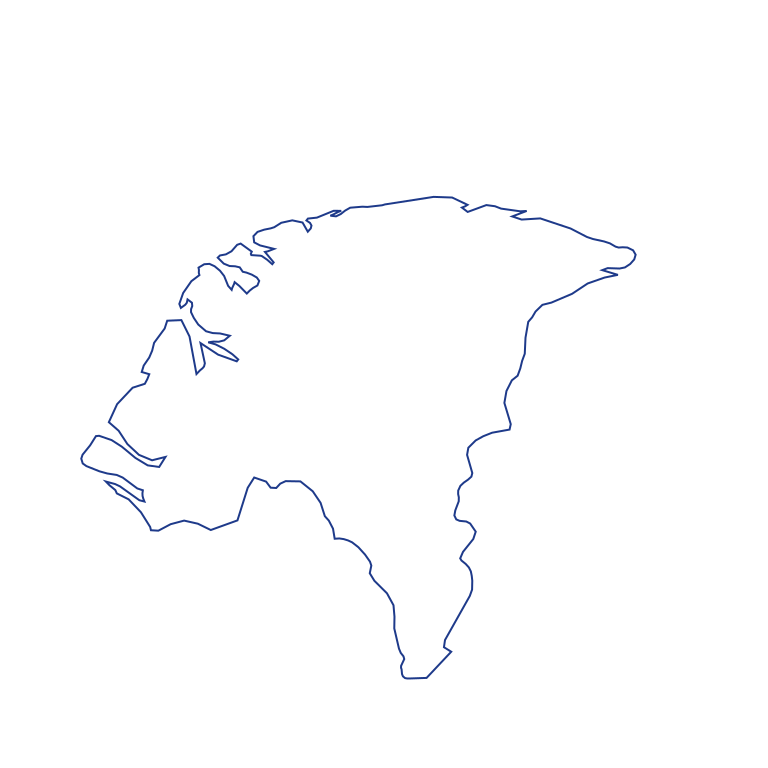 an SVG outline of Bayelsa, rotated 128°
{"feature_id": "NGA-2845", "entity_name": "Bayelsa", "entity_type": "State", "adm_level": 1, "iso_a3": "NGA", "parent_name": "Nigeria", "parent_adm1": "", "projection": "orthographic", "projection_center": [6.155, 4.833], "detail": "fine", "context": "isolated", "style": "outline", "palette": "blue", "viewbox_px": 768, "rotation_deg": 128, "n_neighbors": 0, "source": "natural_earth", "source_scale": "10m", "svg_char_len": 3706}
<svg xmlns="http://www.w3.org/2000/svg" viewBox="0 0 768 768"><g transform="rotate(128 384 384)"><path d="M642.7,477.6L640.6,480.3L634.7,496.6L632.1,514.2L634.7,527.2L633.0,530.4L632.8,538.0L632.1,543.1L628.4,534.3L627.2,529.0L626.2,505.2L624.1,500.4L622.6,503.0L620.9,505.3L618.8,507.1L616.2,508.6L618.2,514.1L618.6,532.3L620.2,538.6L624.9,547.0L628.0,554.5L631.9,567.9L632.1,572.5L629.2,576.6L625.3,578.0L613.3,577.8L602.4,578.9L600.2,576.6L595.9,564.1L594.8,552.0L595.3,534.4L593.6,520.1L587.8,510.1L576.0,511.3L586.9,519.8L590.7,533.5L589.3,549.3L584.2,564.3L583.5,577.3L564.2,581.9L541.7,579.8L531.1,572.6L525.9,573.5L520.8,575.0L523.7,582.3L517.4,584.7L507.7,585.3L500.5,587.2L493.1,590.5L475.3,591.0L467.6,593.8L458.4,583.0L466.3,566.5L491.6,537.9L486.6,537.4L483.4,536.7L481.0,536.6L478.0,537.9L464.7,553.8L463.0,532.8L456.8,514.0L454.4,514.0L453.9,521.7L454.6,531.6L456.5,541.2L459.4,548.2L455.6,544.5L452.4,540.2L448.0,536.8L440.9,535.2L445.1,544.3L449.3,550.3L452.0,556.7L451.5,567.0L449.0,574.6L446.2,580.3L443.8,582.1L440.6,583.1L438.2,585.4L438.3,590.9L441.4,589.4L443.9,589.4L449.1,590.9L446.9,594.6L435.9,598.3L421.6,599.1L411.8,596.5L410.5,598.3L408.0,600.1L406.5,601.8L400.3,599.4L396.8,595.5L395.5,590.0L395.7,583.0L397.3,576.5L402.6,567.3L403.6,562.0L401.9,562.7L397.6,563.7L395.7,564.4L395.8,558.3L397.2,547.8L393.0,547.3L388.9,546.3L384.3,544.4L379.6,545.8L378.4,549.8L379.2,555.5L380.9,561.0L382.5,564.4L380.9,569.5L382.9,573.8L386.1,578.3L387.8,584.4L386.8,592.8L383.7,592.4L379.2,588.4L373.3,585.9L364.7,585.4L361.6,583.4L361.1,569.7L363.4,569.1L364.1,567.9L359.0,560.4L358.4,559.1L358.0,552.5L358.4,545.8L356.1,545.8L353.2,559.1L351.2,557.4L345.2,553.8L351.1,567.0L352.3,573.5L347.9,577.9L342.0,577.3L336.1,573.4L331.1,569.1L328.0,567.0L320.2,564.2L311.5,557.0L306.9,547.6L310.9,537.8L306.5,537.5L303.8,538.7L302.6,541.5L302.9,545.8L300.5,545.8L294.2,539.3L278.5,530.3L273.9,524.3L276.5,526.0L281.6,528.3L284.4,529.9L281.4,525.0L276.7,522.7L271.3,521.4L265.9,519.2L257.6,510.2L254.7,506.1L244.3,495.5L241.9,493.8L206.0,460.1L195.1,445.1L191.4,428.5L193.1,429.1L194.3,429.6L197.0,431.2L196.9,424.0L180.0,413.5L175.6,406.0L173.7,399.7L164.0,382.9L159.8,378.1L173.0,386.1L169.7,376.8L157.3,362.8L146.6,332.7L143.2,314.6L141.1,308.6L136.2,298.4L134.1,292.6L133.2,286.1L132.0,283.1L129.3,280.1L126.6,276.2L125.3,270.0L127.2,265.3L131.8,263.5L137.9,263.9L143.8,265.9L148.0,269.5L155.0,279.1L159.9,282.1L154.0,266.9L164.3,275.7L179.4,285.4L197.1,291.3L216.8,302.2L224.1,307.9L233.6,309.2L240.3,308.3L246.2,308.6L260.4,301.0L273.5,291.7L280.7,289.4L287.8,286.2L295.2,283.8L302.4,285.5L314.1,283.2L324.8,277.5L337.6,259.4L342.6,257.0L355.8,268.8L364.0,273.6L372.0,277.0L382.3,278.3L388.7,274.9L399.8,259.6L403.2,258.1L407.7,258.9L412.6,260.4L417.2,261.1L422.3,259.9L425.1,257.8L427.2,255.3L430.4,252.9L439.7,250.0L444.3,247.6L446.2,243.7L445.3,240.2L441.7,234.5L440.9,230.2L443.9,220.8L451.2,218.2L467.6,218.4L474.5,216.6L475.4,214.3L475.5,208.8L476.3,204.2L478.2,200.2L481.2,196.7L484.7,193.3L491.8,188.0L498.2,185.9L548.2,178.3L554.5,174.7L553.6,166.2L589.4,169.5L600.6,182.9L601.8,184.5L602.8,186.4L602.7,189.1L601.5,191.2L598.0,194.5L597.2,195.8L595.6,197.0L588.3,198.7L586.6,201.0L585.6,205.2L583.3,209.3L570.3,225.4L560.9,232.5L552.5,240.3L547.1,252.8L545.0,270.4L541.9,278.7L534.9,282.2L532.6,285.7L530.1,293.9L528.4,303.7L528.4,311.7L529.4,316.0L531.0,320.2L533.2,324.1L536.3,327.6L529.4,335.1L525.6,343.4L524.6,349.2L516.7,360.8L512.4,374.1L512.2,389.9L521.1,401.7L526.4,404.4L532.3,404.9L535.5,409.5L533.5,416.8L537.6,428.7L549.7,427.5L581.7,415.5L605.7,430.6L608.7,444.7L614.7,457.4L625.8,465.8L638.5,471.5L642.7,477.6Z" fill="none" stroke="#1e3a8a" stroke-width="2"/></g></svg>